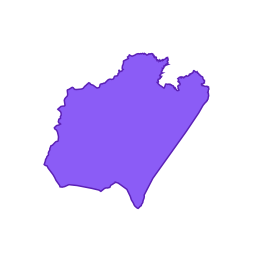 the district of Marquis Estate, Dauphin, Saint Lucia, rotated 320°
{"feature_id": "8701671B42547396516194", "entity_name": "Marquis Estate", "entity_type": "district", "adm_level": 2, "iso_a3": "LCA", "parent_name": "Saint Lucia", "parent_adm1": "Dauphin", "projection": "robinson", "projection_center": [-60.9, 14.029], "detail": "fine", "context": "isolated", "style": "filled", "palette": "violet", "viewbox_px": 256, "rotation_deg": 320, "n_neighbors": 0, "source": "geoboundaries", "source_scale": "gbopen_adm2", "svg_char_len": 5741}
<svg xmlns="http://www.w3.org/2000/svg" viewBox="0 0 256 256"><g transform="rotate(320 128 128)"><path d="M66.5,159.1L71.1,159.2L72.6,159.7L73.8,160.8L75.9,161.8L78.0,160.8L80.1,161.2L81.7,161.3L82.8,161.6L83.4,161.2L85.1,163.9L85.7,166.2L87.7,174.3L85.8,181.8L84.4,185.2L83.9,188.7L83.2,191.1L83.1,192.4L83.5,195.0L83.5,194.8L83.8,195.7L84.1,196.1L86.2,196.0L86.5,195.8L88.3,196.0L89.1,195.3L91.4,194.6L91.8,194.1L92.5,193.7L93.1,193.2L95.1,192.1L96.5,190.9L97.2,189.8L114.7,182.5L170.7,168.0L191.8,161.9L200.2,158.8L200.6,158.8L201.3,158.5L202.0,158.6L202.8,158.3L204.2,158.3L205.4,157.9L206.3,158.0L206.7,157.5L207.8,157.3L209.6,155.7L210.4,155.3L211.4,153.8L211.5,153.3L212.0,153.0L211.9,151.9L212.4,151.6L212.8,151.7L214.0,150.5L214.9,150.2L215.6,149.1L215.6,148.5L216.0,148.3L215.8,147.6L215.3,147.5L215.3,146.8L213.6,145.5L213.0,144.1L212.0,143.1L212.3,142.5L212.7,142.2L212.3,141.9L212.6,141.6L212.8,142.1L213.0,142.2L214.0,142.2L214.2,142.4L214.5,142.4L215.2,142.1L215.3,142.3L215.5,142.5L215.9,141.9L216.3,141.7L216.8,141.2L216.8,140.6L217.1,140.5L216.9,140.1L217.0,138.7L217.4,137.8L217.8,137.4L217.9,137.0L217.9,136.7L217.1,134.6L217.2,133.6L216.8,133.1L216.9,132.8L217.1,131.3L216.7,130.8L216.8,130.7L216.7,130.1L217.1,129.3L216.5,129.2L215.9,128.6L215.4,126.4L215.2,126.3L214.5,126.5L214.0,127.0L213.0,127.3L212.7,127.3L212.2,127.0L211.4,127.1L210.9,126.7L210.5,126.8L210.4,126.6L209.6,126.3L209.4,126.4L209.5,126.8L209.2,127.1L208.2,126.8L207.7,126.9L206.5,126.4L206.3,125.4L206.1,125.3L205.3,125.6L204.6,125.2L203.0,125.4L202.9,125.1L203.1,124.8L202.8,124.2L202.7,124.1L202.4,124.2L202.2,124.0L201.9,123.9L201.4,124.0L200.8,123.6L200.7,123.3L201.0,123.3L201.1,123.5L201.5,122.9L199.9,122.2L199.3,122.3L197.9,122.2L197.9,123.3L197.7,123.6L197.0,124.1L196.8,124.4L196.3,124.4L196.2,124.6L196.2,124.9L196.6,125.0L196.9,125.8L196.8,126.0L196.4,126.0L196.3,126.9L196.5,127.4L196.0,128.1L195.4,128.3L194.1,127.7L193.0,128.0L192.9,128.3L192.7,128.7L192.7,128.9L192.3,129.4L192.1,129.8L191.9,129.8L191.4,131.7L190.8,131.7L189.9,131.2L189.5,130.5L189.7,128.5L189.2,128.2L189.0,127.8L189.1,127.4L190.0,127.2L189.9,126.9L189.2,126.3L189.2,126.0L189.7,125.4L189.7,124.7L189.5,124.4L189.4,124.1L189.0,123.8L189.0,122.9L188.4,122.1L188.5,121.8L187.9,121.5L187.8,120.9L187.5,120.8L187.2,120.4L186.3,120.0L186.0,119.3L185.0,118.6L182.6,120.1L181.3,120.6L181.1,120.4L180.3,117.1L179.9,116.3L179.7,115.0L179.6,113.3L179.7,111.9L180.1,112.2L180.8,112.4L181.1,112.1L181.4,111.3L181.3,110.8L181.5,110.6L182.4,110.5L182.5,110.2L183.8,110.7L184.1,110.5L184.5,110.7L184.8,110.2L185.3,110.0L185.7,110.4L186.1,110.4L186.2,109.9L186.7,109.9L186.3,109.5L186.1,108.8L185.9,108.4L185.9,108.2L186.7,107.9L187.3,108.1L187.5,107.8L188.1,107.6L189.9,108.1L189.5,107.7L189.0,107.6L189.3,106.9L189.5,107.1L189.8,106.9L190.3,105.9L190.9,106.0L191.5,105.8L191.7,105.4L192.5,104.9L192.7,104.5L193.2,105.2L193.4,105.1L193.4,104.8L193.7,104.8L194.4,104.7L194.5,104.5L195.2,104.4L194.9,104.3L195.0,104.0L195.5,104.0L195.6,103.8L195.9,104.1L196.3,103.9L196.6,104.2L197.6,104.3L199.7,105.1L199.5,104.8L197.3,103.9L198.2,103.6L198.7,103.8L198.8,104.1L199.1,103.9L199.6,104.1L200.2,103.9L200.8,103.3L200.6,102.5L201.2,102.1L201.4,102.5L201.4,101.9L201.8,101.8L202.2,101.9L203.1,100.8L203.1,100.2L203.4,99.9L203.4,99.7L203.6,99.4L203.3,99.3L202.8,99.5L202.7,100.1L202.5,99.0L202.2,99.2L201.9,98.9L201.0,99.1L200.1,98.9L199.4,98.5L198.7,98.8L198.4,98.6L198.3,97.8L198.1,97.8L197.9,98.2L197.5,98.0L197.3,98.2L197.0,97.6L196.5,97.2L196.0,97.4L196.0,97.1L195.5,97.2L195.4,96.9L195.6,96.2L195.1,96.4L195.3,96.1L195.2,96.1L194.7,96.2L194.3,95.5L194.0,95.4L194.5,95.0L194.4,94.7L194.2,94.8L193.7,94.7L193.9,93.6L193.9,93.4L194.2,92.9L195.0,92.3L195.1,92.0L194.8,91.8L194.5,91.2L193.7,91.1L193.8,90.8L193.6,90.6L193.7,90.1L194.3,90.0L194.1,89.1L194.4,89.2L194.5,88.7L194.2,88.3L194.4,87.7L194.2,87.4L194.2,86.9L194.4,86.9L194.3,86.6L193.8,86.1L192.8,85.7L192.6,85.3L191.8,85.0L191.6,84.6L191.1,84.8L190.6,84.5L190.2,84.6L189.3,84.2L189.0,83.0L189.1,82.6L188.7,82.1L188.6,81.6L188.1,81.8L187.5,81.4L187.5,80.6L187.3,80.3L185.8,79.7L185.6,79.2L185.3,79.0L184.2,78.5L183.8,77.8L183.4,77.5L181.9,76.8L179.8,76.5L177.5,75.7L177.2,75.7L176.0,72.9L175.0,73.4L173.3,73.3L172.9,75.0L167.7,73.8L167.4,73.9L167.0,74.6L165.3,76.1L163.7,76.8L162.3,78.1L161.9,78.5L161.9,80.1L161.1,79.8L160.1,80.4L158.7,80.1L158.3,79.2L158.4,78.2L158.1,78.0L157.8,78.2L157.5,78.9L156.7,79.9L156.3,80.0L155.5,79.9L154.5,80.8L153.7,81.1L153.3,81.1L151.1,79.8L150.3,80.0L148.8,80.9L147.9,80.9L146.7,80.3L145.8,79.2L144.9,78.6L143.5,78.3L139.0,78.7L138.3,78.1L136.7,77.6L136.0,77.1L134.9,76.7L134.6,76.8L132.5,78.3L131.9,78.4L130.3,77.7L129.8,77.1L128.8,72.9L127.6,70.8L127.4,70.3L127.6,69.4L127.1,68.2L126.5,68.1L125.1,68.3L124.4,68.1L123.7,68.3L121.4,68.3L119.4,68.8L118.4,68.6L117.3,68.2L113.4,65.5L112.1,64.3L111.9,63.4L111.9,61.9L111.6,61.2L111.1,60.9L107.8,60.5L106.1,59.9L105.5,60.3L103.8,62.9L103.1,63.8L102.0,64.5L99.7,64.7L98.4,65.0L97.0,65.8L94.4,70.0L94.0,70.3L93.0,70.1L92.4,69.5L90.5,68.4L86.3,68.5L86.3,69.1L86.6,70.1L86.8,71.8L86.7,72.7L86.3,73.6L85.7,74.5L84.9,75.3L83.6,75.7L82.4,77.3L80.9,76.8L80.1,77.2L79.5,77.8L78.8,78.2L78.5,78.8L78.3,79.5L78.4,80.1L78.9,80.8L79.0,81.5L78.9,81.7L76.9,81.2L74.8,80.2L71.8,80.4L71.4,81.2L71.4,82.2L71.9,83.6L71.4,85.7L69.8,88.9L69.0,90.2L66.4,92.7L65.9,93.0L65.3,92.9L64.6,92.3L63.5,92.1L59.0,92.6L57.5,92.1L54.7,93.7L54.1,94.5L51.5,95.5L50.8,96.1L49.8,97.5L49.5,97.6L48.8,97.6L47.3,97.9L46.0,98.8L44.8,99.0L43.4,100.2L40.3,102.1L40.6,103.5L41.6,105.0L41.0,107.7L40.6,115.5L40.0,118.9L39.2,121.8L38.7,128.0L38.1,129.4L39.6,131.0L41.9,132.2L46.3,133.4L52.0,139.3L61.4,150.9L65.8,156.8L66.5,159.1Z" fill="#8b5cf6" stroke="#5b21b6" stroke-width="1.5"/></g></svg>